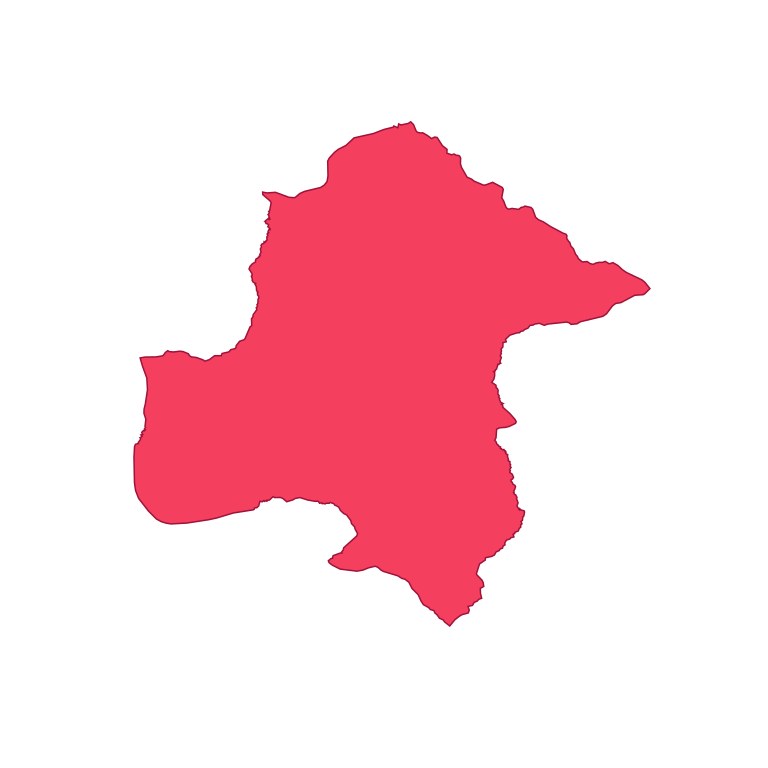 the district of Sambour, Krâchéh, Cambodia, rotated 135°
{"feature_id": "14789045B56748216757277", "entity_name": "Sambour", "entity_type": "district", "adm_level": 2, "iso_a3": "KHM", "parent_name": "Cambodia", "parent_adm1": "Krâchéh", "projection": "robinson", "projection_center": [106.055, 13.019], "detail": "fine", "context": "isolated", "style": "filled", "palette": "rose", "viewbox_px": 768, "rotation_deg": 135, "n_neighbors": 0, "source": "geoboundaries", "source_scale": "gbopen_adm2", "svg_char_len": 6159}
<svg xmlns="http://www.w3.org/2000/svg" viewBox="0 0 768 768"><g transform="rotate(135 384 384)"><path d="M174.2,511.2L172.1,520.8L173.7,522.9L176.8,523.9L177.6,529.2L179.0,534.3L180.5,535.4L182.4,538.4L182.4,540.1L179.7,546.5L179.7,550.5L182.6,551.1L188.7,555.1L189.7,557.5L193.0,555.4L194.6,559.5L195.9,559.1L204.0,564.0L214.4,568.6L231.1,579.2L242.2,579.6L250.2,582.2L254.9,582.8L262.8,582.5L266.2,581.4L276.5,570.7L281.2,567.4L285.7,566.9L289.9,567.8L304.0,576.4L308.8,578.2L314.6,578.7L315.8,579.3L319.3,583.4L325.2,596.3L331.7,601.9L334.1,605.5L335.8,603.6L335.1,594.0L335.6,592.0L342.2,587.5L343.5,587.6L343.8,586.3L346.3,585.7L346.1,585.1L347.9,581.8L348.1,582.6L348.8,581.7L349.3,582.9L352.9,583.2L352.6,582.8L353.6,582.1L353.9,580.7L353.2,580.0L353.1,578.1L355.0,577.3L354.5,576.0L355.4,574.8L354.8,574.1L355.4,573.6L356.6,574.5L358.7,573.5L358.6,572.5L360.6,572.7L361.2,571.0L362.8,570.9L365.1,568.4L366.7,568.7L367.1,568.2L368.0,568.4L368.2,569.4L369.6,568.4L371.2,569.3L373.0,569.0L373.6,567.6L376.0,566.9L377.7,564.2L380.2,563.4L380.8,562.2L381.8,562.7L382.7,562.0L383.2,562.5L384.4,562.2L385.7,562.9L387.3,562.4L388.5,561.2L392.4,562.1L395.5,561.9L398.1,560.8L399.3,555.4L400.6,553.9L401.5,554.1L403.0,551.1L403.9,550.7L404.5,548.4L403.7,545.9L404.6,545.9L405.4,543.2L408.1,540.1L408.1,538.1L409.0,538.1L410.5,536.2L410.5,534.8L411.9,533.2L413.0,533.1L416.3,530.1L417.9,529.8L418.1,528.9L419.3,528.2L420.3,528.3L421.4,526.5L427.2,525.6L429.7,524.0L431.5,523.9L436.3,518.8L438.4,519.1L450.0,514.4L451.5,514.2L455.9,516.3L461.6,515.6L462.5,514.6L464.3,514.3L468.0,516.6L471.0,516.4L476.9,520.1L479.0,519.1L483.8,523.8L490.2,524.7L494.5,526.8L494.9,529.0L497.9,535.4L501.1,539.5L501.5,541.7L500.9,543.6L503.2,549.1L505.3,551.7L510.2,555.5L512.8,558.6L513.4,560.5L516.4,560.9L519.8,560.3L521.0,560.7L526.2,564.5L533.8,571.9L538.0,574.9L542.2,567.3L547.5,555.9L555.3,547.2L567.1,538.5L571.4,535.9L574.4,533.1L577.3,527.5L583.0,523.0L583.2,522.0L585.4,521.6L585.2,520.3L586.6,520.3L587.2,521.2L589.2,521.2L589.7,521.0L590.2,518.9L591.9,519.9L592.1,518.0L594.5,518.5L594.4,517.8L595.5,517.0L599.1,516.4L599.7,515.6L602.4,517.1L604.7,516.1L612.6,509.0L630.2,490.7L635.0,484.3L638.4,476.6L640.4,460.5L640.4,449.5L638.8,444.1L636.4,439.6L633.5,435.6L621.5,424.9L604.2,412.2L597.3,407.7L581.7,399.3L565.5,387.5L564.5,387.2L563.2,387.9L561.3,386.4L558.8,386.4L554.7,388.8L553.3,386.7L551.7,386.7L551.6,385.6L550.6,385.6L550.2,384.5L549.4,384.8L549.3,384.1L548.9,384.4L547.0,382.9L542.1,382.8L541.7,381.1L537.5,377.0L536.5,374.8L536.0,369.5L530.4,366.5L527.6,365.8L523.7,363.1L520.0,355.9L515.8,349.9L513.4,347.6L513.9,345.3L512.5,344.4L512.4,343.1L511.8,343.1L510.5,340.9L509.1,340.5L507.1,338.4L505.8,338.3L504.1,334.7L504.5,332.8L503.8,331.9L503.1,328.8L504.2,325.5L504.1,321.0L503.0,317.8L504.1,310.8L505.7,308.3L505.8,303.8L507.0,301.9L508.5,296.9L510.7,295.8L528.3,296.7L530.0,295.6L532.8,295.1L533.2,294.2L534.4,295.4L541.4,298.6L543.6,297.2L544.7,298.0L548.3,298.4L549.2,296.4L548.6,292.3L545.9,284.1L535.5,270.8L530.5,267.3L525.0,265.0L519.1,261.4L517.9,258.6L517.7,254.4L516.9,251.8L509.8,238.5L508.9,234.0L507.2,231.1L506.6,226.2L508.8,219.5L508.8,211.0L511.2,204.4L512.2,200.2L510.5,194.3L510.7,191.7L508.9,188.5L509.9,186.2L509.7,183.0L510.4,179.1L509.0,175.5L509.4,172.8L508.6,166.4L500.6,167.2L495.0,166.5L491.9,165.7L486.3,162.5L483.6,163.8L481.9,167.3L478.0,164.9L474.6,165.8L471.7,164.6L469.0,164.7L466.5,163.4L463.9,167.6L460.4,171.4L456.6,170.3L454.3,173.4L453.4,176.1L453.3,183.4L452.8,184.5L443.7,189.2L436.9,187.9L435.1,189.4L429.9,186.0L426.8,185.0L423.4,186.0L420.3,184.7L418.8,185.3L416.3,184.1L414.5,185.2L412.2,184.7L410.9,186.3L407.8,187.0L404.6,185.4L403.0,185.6L400.3,184.0L398.9,186.5L397.4,185.8L396.4,186.6L392.9,185.1L390.6,186.2L388.5,186.1L387.1,187.6L385.3,187.6L384.2,190.0L382.5,189.7L379.9,191.8L378.5,191.8L375.1,194.1L374.6,195.4L376.0,197.6L376.3,199.9L377.2,199.1L377.3,199.7L376.2,203.8L373.3,205.1L371.2,209.4L370.2,209.7L369.2,212.7L369.8,213.5L369.3,215.5L368.7,215.3L367.5,216.9L366.4,216.9L363.6,218.4L363.1,219.7L363.7,221.7L362.8,224.0L363.0,225.3L361.8,226.4L360.3,225.9L358.4,226.4L357.1,229.5L357.6,232.6L355.9,233.4L355.7,234.6L353.1,235.2L353.1,236.4L351.4,237.6L351.6,238.3L349.8,240.1L350.4,241.9L349.5,242.5L347.9,245.5L346.5,246.6L347.1,248.7L345.9,249.6L346.3,250.2L345.5,250.8L346.1,251.9L345.5,252.8L346.8,253.9L346.7,255.2L347.4,256.1L346.1,257.0L346.8,259.0L346.4,259.9L346.7,261.7L345.6,264.0L345.5,266.0L342.9,266.7L336.3,272.4L333.1,271.2L328.9,267.5L325.4,265.4L318.8,263.2L317.2,263.8L316.4,266.4L315.9,273.9L316.4,283.2L315.2,285.1L315.3,286.6L313.6,285.9L314.4,288.9L313.2,291.5L312.3,291.9L312.3,293.3L310.8,294.4L310.5,296.5L307.8,298.8L307.1,300.6L307.2,302.3L305.7,303.9L306.6,309.0L302.7,309.8L300.0,311.5L297.6,313.9L297.8,315.2L295.9,314.6L295.3,315.2L293.8,315.0L289.5,317.4L289.1,316.6L288.2,316.8L286.8,316.1L286.0,318.0L282.2,319.8L281.9,321.7L279.6,322.5L279.3,323.3L277.5,324.3L276.4,326.0L273.8,326.1L270.6,329.1L267.7,327.4L266.5,329.7L260.4,329.5L254.0,326.2L251.8,324.4L250.2,324.5L247.7,323.0L246.3,323.2L242.7,321.7L239.3,322.2L237.0,320.3L234.9,319.7L231.2,317.0L229.2,312.2L225.6,310.4L211.0,298.6L209.8,296.3L209.6,293.9L205.0,290.1L201.0,289.1L181.4,277.1L177.0,276.3L167.1,277.7L163.2,277.1L158.9,274.0L143.9,269.4L137.6,263.9L135.5,263.4L128.5,263.4L127.6,271.6L128.0,275.2L133.7,291.4L134.6,296.2L134.8,302.4L136.3,307.9L139.7,309.7L140.9,314.3L143.4,315.4L145.7,317.8L148.6,319.7L151.5,320.7L153.1,323.4L153.8,327.0L157.1,329.7L157.6,330.9L157.9,335.6L157.0,337.3L156.8,340.2L154.4,345.8L154.4,349.2L152.4,353.1L152.7,353.8L151.8,358.0L149.8,359.4L149.4,361.2L150.8,364.2L154.9,377.6L156.6,385.7L158.6,390.9L158.9,394.7L155.3,402.3L155.2,404.8L158.5,410.1L160.8,410.8L162.0,411.9L165.2,412.2L169.4,417.7L172.2,419.4L172.8,421.0L172.6,423.1L170.0,428.7L169.1,432.4L162.0,437.3L161.4,439.4L164.6,449.8L171.2,452.8L173.0,454.2L176.8,463.6L177.2,466.9L179.0,471.5L176.0,482.5L174.1,485.8L170.1,489.5L169.4,491.4L169.6,492.8L171.4,495.0L171.7,496.9L174.2,498.4L176.3,502.8L173.5,505.3L174.2,511.2Z" fill="#f43f5e" stroke="#9f1239" stroke-width="1.5"/></g></svg>